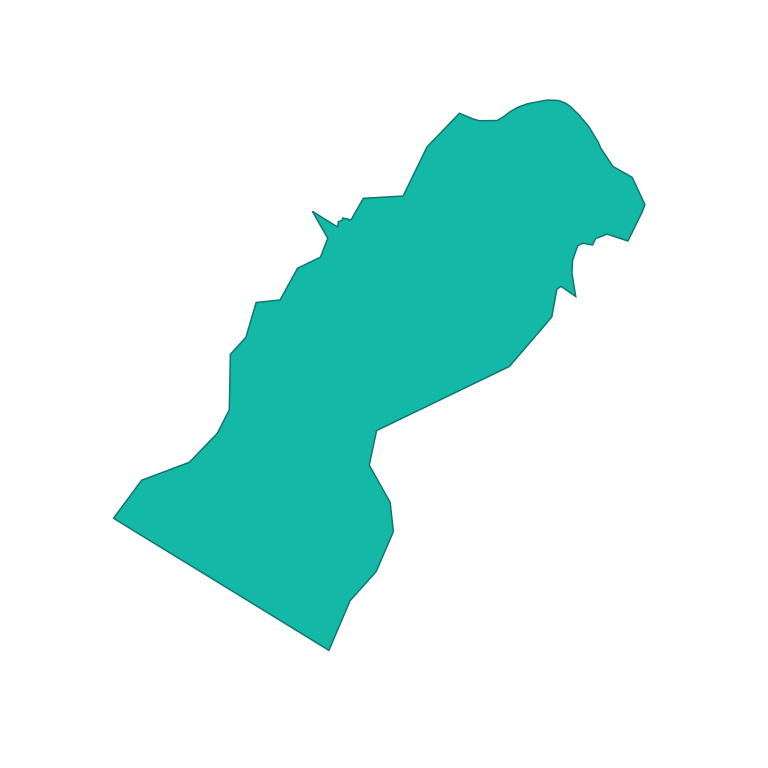 the district of Camden, New Jersey, United States of America, rotated 78°
{"feature_id": "52423323B11695261421482", "entity_name": "Camden", "entity_type": "district", "adm_level": 2, "iso_a3": "USA", "parent_name": "United States of America", "parent_adm1": "New Jersey", "projection": "robinson", "projection_center": [-75.037, 39.802], "detail": "fine", "context": "isolated", "style": "filled", "palette": "teal", "viewbox_px": 768, "rotation_deg": 78, "n_neighbors": 0, "source": "geoboundaries", "source_scale": "gbopen_adm2", "svg_char_len": 1259}
<svg xmlns="http://www.w3.org/2000/svg" viewBox="0 0 768 768"><g transform="rotate(78 384 384)"><path d="M134.9,253.9L161.0,292.6L204.1,326.2L198.1,365.6L214.1,379.9L214.6,379.9L214.8,380.4L215.9,381.4L216.3,382.5L216.7,382.8L216.3,383.8L216.5,384.0L215.9,384.2L215.0,385.2L214.6,386.4L213.9,388.2L213.3,388.9L213.2,389.7L215.2,391.1L215.5,391.8L215.3,392.2L215.7,394.6L215.9,395.1L217.2,395.4L217.6,395.2L218.2,395.7L219.2,396.1L220.2,396.6L220.6,397.0L200.2,418.2L229.8,408.7L246.7,419.8L252.8,444.5L280.2,468.2L277.7,492.1L309.5,509.3L323.0,528.1L377.1,540.7L397.5,557.2L420.1,590.6L427.7,641.0L459.1,676.5L481.5,653.0L554.3,576.2L633.1,493.3L588.8,462.1L565.8,430.6L530.3,405.5L501.0,402.6L460.3,415.3L428.0,400.9L392.9,257.7L360.2,214.8L353.2,205.9L327.2,195.2L325.3,190.5L338.3,178.3L314.4,177.1L302.4,173.9L289.0,165.8L287.6,160.3L291.4,151.0L285.8,146.9L283.8,134.7L294.8,115.7L269.6,95.8L262.7,91.5L233.6,98.2L218.8,114.8L198.3,123.0L197.8,123.1L192.0,124.2L175.0,130.1L174.3,130.4L160.6,137.8L154.9,141.7L151.1,144.2L147.2,147.9L143.0,154.3L142.3,156.9L140.2,165.4L139.7,185.3L140.0,187.4L141.1,195.2L143.7,203.4L143.8,203.8L147.1,210.8L149.8,218.6L146.3,236.1L143.0,242.2L134.9,253.9Z" fill="#14b8a6" stroke="#0f766e" stroke-width="1.5"/></g></svg>